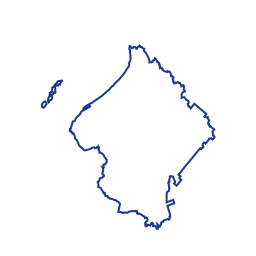 Hinchinbrook, Queensland, Australia (Robinson projection), rotated 214°
{"feature_id": "25037944B17459590153092", "entity_name": "Hinchinbrook", "entity_type": "district", "adm_level": 2, "iso_a3": "AUS", "parent_name": "Australia", "parent_adm1": "Queensland", "projection": "robinson", "projection_center": [146.068, -18.658], "detail": "fine", "context": "isolated", "style": "outline", "palette": "blue", "viewbox_px": 256, "rotation_deg": 214, "n_neighbors": 0, "source": "geoboundaries", "source_scale": "gbopen_adm2", "svg_char_len": 5767}
<svg xmlns="http://www.w3.org/2000/svg" viewBox="0 0 256 256"><g transform="rotate(214 128 128)"><path d="M47.0,61.1L47.3,61.4L47.2,62.3L47.5,63.0L49.6,64.6L46.6,64.2L46.5,66.0L47.6,68.3L47.0,68.8L47.1,69.7L46.4,70.0L46.7,71.1L46.5,72.0L44.7,73.8L44.1,75.1L43.6,75.2L42.9,74.9L42.7,75.6L43.4,77.9L44.2,78.0L44.1,79.2L51.8,85.6L47.6,91.4L50.3,93.7L54.4,87.9L59.5,95.6L59.8,96.9L58.9,98.6L59.5,99.5L59.7,100.8L60.7,101.4L60.8,102.2L61.4,102.4L61.7,102.9L62.1,103.1L62.2,103.7L63.9,104.9L63.5,106.0L63.9,106.2L63.9,107.2L64.5,107.4L64.5,107.9L65.0,108.4L65.5,110.2L66.2,111.2L65.7,112.1L65.0,112.1L64.4,112.5L63.7,112.5L63.6,112.8L58.6,109.6L58.8,107.7L55.5,107.3L54.7,114.8L57.0,115.0L57.0,115.5L57.8,116.1L57.5,117.3L60.1,117.5L56.9,151.1L56.6,151.1L56.6,151.6L55.5,151.6L55.5,152.6L55.1,153.0L54.7,154.1L55.5,155.0L56.3,155.1L56.8,156.0L57.1,156.6L56.8,157.2L56.9,158.5L55.3,158.9L54.9,158.7L54.4,164.0L54.7,164.5L54.5,165.1L53.4,165.5L53.2,165.9L52.0,165.9L51.4,165.7L51.1,166.1L51.3,166.6L51.0,168.5L51.8,169.4L53.2,169.3L53.4,169.9L54.5,170.6L55.2,171.8L55.9,172.1L55.7,175.1L59.8,175.3L60.6,175.6L60.8,174.9L62.2,175.5L62.2,175.8L62.7,176.1L63.0,176.7L63.9,176.3L64.5,177.3L64.8,178.3L64.9,179.7L67.1,180.4L68.0,181.6L69.0,180.7L70.3,180.5L70.8,180.0L71.1,180.0L70.8,183.4L86.5,185.2L87.0,179.3L89.1,180.3L89.4,180.3L89.4,180.1L90.1,179.7L91.5,181.2L91.9,181.3L91.7,182.0L91.8,182.9L92.7,183.5L92.8,184.1L93.2,184.3L95.6,183.9L96.7,184.5L98.0,184.7L98.2,185.0L98.8,184.9L100.4,183.0L100.7,183.8L102.5,186.0L102.5,188.6L101.7,189.5L101.3,190.4L103.3,191.2L104.1,192.3L104.3,193.4L105.9,194.5L106.4,194.3L106.8,193.8L106.6,192.7L107.1,192.3L108.1,193.2L109.0,193.6L110.2,194.4L111.1,193.7L111.5,193.9L112.5,193.8L113.2,192.2L113.6,192.5L114.4,192.0L114.7,190.9L114.9,190.9L116.4,191.5L116.8,192.1L117.0,193.0L118.1,193.3L118.7,194.4L118.3,194.9L118.6,195.4L119.3,195.0L119.7,195.6L120.1,195.8L120.8,195.1L121.4,195.1L121.8,195.8L123.3,197.2L125.2,198.0L125.8,197.8L126.3,196.8L127.1,197.0L127.1,196.3L128.8,195.6L129.8,195.6L130.1,195.3L130.8,195.6L131.9,195.5L132.4,196.4L133.3,196.4L133.6,196.7L134.0,196.5L134.3,195.9L134.9,195.4L135.6,196.4L135.8,196.9L136.2,196.9L137.3,197.6L137.2,197.8L137.7,197.8L137.8,198.6L138.2,199.0L138.7,199.0L139.0,199.4L139.9,199.1L141.0,199.6L141.2,199.3L143.3,200.7L144.5,200.8L144.2,200.2L144.5,199.2L144.3,198.8L145.2,197.3L144.6,196.5L145.3,195.5L147.0,194.4L147.8,195.7L150.3,197.7L155.4,200.4L157.3,200.6L157.9,201.0L158.8,202.8L159.5,202.4L161.1,202.5L162.0,202.9L163.0,202.1L163.5,202.6L164.5,202.9L164.6,201.8L165.3,200.3L164.9,199.3L165.1,198.4L165.7,198.3L166.6,199.1L167.0,199.2L168.6,198.3L168.7,196.8L169.1,196.4L170.4,196.5L171.5,197.0L172.5,196.8L171.1,194.1L169.9,193.7L168.2,191.2L166.9,190.1L166.1,188.5L165.1,187.8L163.6,184.6L163.6,183.1L163.3,181.9L162.5,181.6L161.7,178.8L161.9,178.0L161.8,170.3L162.4,164.2L164.0,156.1L164.0,155.6L163.8,155.3L164.0,154.4L164.5,153.9L164.9,151.4L164.9,150.3L167.6,139.9L171.9,129.1L175.5,122.0L176.0,119.3L175.7,118.7L175.0,120.4L174.9,121.8L173.7,124.2L172.7,125.0L171.5,124.8L171.6,123.7L172.5,122.7L173.2,120.6L175.6,116.2L175.9,114.9L175.8,113.9L175.5,113.7L175.7,111.4L176.6,107.4L176.1,103.7L177.3,102.8L177.2,101.5L176.8,100.9L176.5,99.3L175.2,96.1L175.1,95.6L175.7,94.9L175.6,94.4L174.5,93.8L174.6,93.1L173.5,92.9L173.4,93.5L172.5,93.4L171.2,92.4L171.2,92.7L170.2,93.2L169.1,92.3L167.8,91.6L166.1,89.7L163.9,89.3L161.9,88.3L158.8,86.2L156.4,85.7L154.3,85.7L151.7,85.0L150.4,86.1L147.4,89.7L146.6,91.9L145.0,93.2L144.2,92.8L143.0,93.6L143.1,94.9L142.1,95.3L142.3,96.1L141.8,95.8L141.3,95.8L140.7,95.0L140.6,93.9L138.2,92.3L137.9,91.7L137.2,92.2L136.4,92.1L135.3,92.4L133.3,92.0L131.2,90.8L129.3,90.3L128.7,89.7L127.7,89.7L126.7,88.0L126.7,86.8L126.3,86.3L126.8,85.4L126.6,85.0L127.5,84.4L127.8,83.7L127.0,82.6L126.1,82.0L126.7,81.2L127.4,81.1L126.9,80.7L126.1,80.6L125.3,79.9L125.0,78.7L124.5,78.3L123.9,75.8L123.0,75.2L121.5,75.3L121.1,74.5L121.5,72.4L122.0,72.2L123.3,70.5L122.6,69.2L122.4,67.7L123.1,66.4L123.0,66.1L121.3,65.1L119.9,63.1L119.7,62.5L116.9,63.0L115.0,61.9L114.2,61.8L111.7,60.3L111.1,61.3L110.6,61.1L110.4,60.4L108.6,59.0L106.8,60.1L106.0,59.7L105.7,59.2L104.8,59.5L103.2,59.3L102.6,60.0L101.8,60.0L101.0,60.5L99.0,60.6L98.5,61.1L97.1,61.4L96.3,61.0L95.3,61.4L92.3,60.8L89.1,53.1L86.0,54.7L85.2,54.4L84.6,54.8L83.5,56.2L81.8,56.8L80.5,58.4L80.5,59.1L79.6,60.1L78.3,61.0L78.0,61.6L76.6,62.2L75.6,63.4L74.8,63.4L74.1,64.1L73.5,63.5L73.5,62.8L72.7,62.2L72.2,62.3L72.2,62.8L71.0,62.8L70.9,63.3L69.0,63.6L67.7,63.7L67.0,63.4L65.0,63.8L63.7,62.7L63.0,63.2L62.9,63.9L62.1,64.0L60.7,63.2L60.0,61.7L60.5,61.0L60.7,58.8L59.9,58.6L59.9,58.0L59.4,57.1L58.9,56.6L58.5,56.8L58.3,56.5L57.9,56.6L57.5,57.3L58.0,58.6L56.4,59.1L56.1,59.7L55.1,59.6L55.3,60.1L55.0,60.4L55.2,61.2L55.0,61.5L55.5,62.1L55.4,62.5L54.8,63.0L53.7,62.8L52.6,60.7L52.3,60.6L52.2,61.3L51.0,61.9L50.3,61.7L49.8,62.1L47.9,60.5L47.0,61.1ZM207.9,116.8L209.3,118.7L209.8,118.9L210.1,119.8L211.1,120.7L211.6,121.7L211.1,123.3L210.5,123.5L210.2,124.1L209.6,124.3L209.9,125.4L209.4,126.0L208.7,125.9L209.2,128.1L209.0,130.1L209.2,130.3L209.6,130.3L210.0,130.0L210.1,129.2L211.4,128.5L212.3,127.4L212.4,126.9L212.2,125.4L212.6,124.4L212.5,123.3L213.1,122.9L212.5,121.0L212.6,120.2L213.3,119.8L213.3,118.9L211.6,116.3L211.6,115.2L212.2,114.5L212.2,113.6L212.5,113.3L211.0,111.0L210.9,108.5L209.9,106.2L208.1,104.8L207.8,105.3L208.4,107.2L207.3,108.6L207.4,109.4L208.0,111.3L208.9,111.6L209.3,111.2L209.5,111.3L210.1,111.8L210.4,112.9L209.1,113.6L209.5,116.1L209.1,116.5L208.0,116.4L207.9,116.8ZM212.7,101.8L212.3,98.9L211.0,97.4L209.6,97.4L209.2,97.8L209.2,98.9L208.9,99.3L209.2,100.6L208.9,102.4L210.4,103.6L211.6,103.8L211.7,103.2L212.7,101.8Z" fill="none" stroke="#1e3a8a" stroke-width="2"/></g></svg>